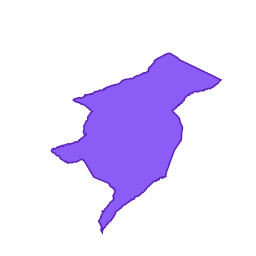 outline of Campo Novo do Parecis, Mato Grosso, Brazil, rotated 220°
{"feature_id": "56859067B93931383273622", "entity_name": "Campo Novo do Parecis", "entity_type": "district", "adm_level": 2, "iso_a3": "BRA", "parent_name": "Brazil", "parent_adm1": "Mato Grosso", "projection": "natural_earth1", "projection_center": [-57.909, -13.656], "detail": "fine", "context": "isolated", "style": "filled", "palette": "violet", "viewbox_px": 256, "rotation_deg": 220, "n_neighbors": 0, "source": "geoboundaries", "source_scale": "gbopen_adm2", "svg_char_len": 5721}
<svg xmlns="http://www.w3.org/2000/svg" viewBox="0 0 256 256"><g transform="rotate(220 128 128)"><path d="M80.5,31.4L81.8,33.2L82.0,33.8L81.7,34.4L81.9,34.7L82.4,34.9L82.5,35.4L82.1,35.7L81.7,37.6L82.1,38.3L82.3,39.2L82.3,40.1L81.8,41.6L82.0,42.2L82.4,42.5L82.6,42.9L82.3,43.9L81.6,44.9L81.6,47.0L81.6,47.7L81.9,48.0L81.8,50.1L82.1,51.1L82.0,52.1L82.4,52.8L82.9,54.8L83.3,55.4L83.3,57.5L82.8,58.3L82.3,61.3L81.9,62.1L81.9,63.9L82.2,64.9L82.0,65.6L81.6,66.0L80.6,69.0L80.5,70.0L80.0,71.2L79.7,71.6L80.1,72.6L79.5,73.2L79.1,74.4L79.4,74.8L79.3,75.4L78.6,75.7L78.0,77.3L77.6,77.6L77.6,78.0L78.1,78.8L78.1,79.4L78.4,79.8L77.8,80.5L77.4,81.4L76.9,81.8L76.5,82.4L76.2,83.0L76.4,83.4L75.9,84.4L76.0,84.8L75.8,85.3L76.0,85.8L75.9,87.0L75.0,88.6L74.8,90.5L75.2,91.2L75.2,91.7L74.7,92.4L75.1,94.3L75.1,96.0L74.6,97.0L74.8,97.4L74.4,99.8L74.2,100.3L74.2,102.4L73.9,103.2L74.0,103.7L73.5,104.6L72.7,104.7L72.4,105.7L72.1,106.0L72.4,107.2L72.0,107.1L71.6,107.5L71.3,108.3L71.0,108.7L71.6,109.3L71.7,110.3L71.0,110.6L70.8,111.4L70.4,111.7L70.0,111.7L70.4,112.4L70.0,112.7L69.0,112.4L68.7,113.8L67.9,114.7L67.9,115.1L67.9,115.5L68.4,115.7L70.0,118.3L78.0,140.1L78.4,142.1L79.5,153.0L82.4,157.0L84.1,159.1L85.3,161.6L86.0,162.7L87.6,164.2L90.9,165.4L94.9,168.4L98.7,169.0L104.2,169.4L104.9,169.5L105.2,169.8L105.0,170.3L105.2,170.6L105.0,171.4L104.4,171.9L104.4,172.5L104.7,173.3L104.0,174.4L104.6,175.4L104.5,175.9L103.9,176.7L103.8,177.3L104.2,177.5L104.3,178.2L103.6,178.5L103.3,178.8L103.6,179.1L103.5,179.7L103.7,180.4L103.4,181.4L103.4,181.8L102.8,181.9L102.7,182.6L103.4,184.1L103.3,184.6L102.7,185.5L103.8,186.6L103.6,187.4L103.9,187.8L103.3,189.7L103.7,190.7L103.6,191.2L102.4,192.0L102.2,193.5L102.9,194.1L102.8,194.5L101.3,195.6L101.2,196.0L100.8,196.7L101.1,197.6L99.6,199.4L99.5,199.9L99.1,200.2L98.6,200.0L98.0,200.6L97.5,200.8L97.0,202.2L96.0,203.7L95.4,204.2L94.6,204.3L94.3,205.0L94.5,205.7L93.8,205.9L93.5,206.3L93.9,207.1L93.6,207.8L92.3,208.6L91.6,210.2L91.2,210.5L90.2,211.0L90.2,212.1L89.2,213.7L89.1,214.2L89.3,214.8L89.0,215.2L88.5,217.0L88.7,217.4L88.6,218.0L88.5,218.4L87.9,219.0L88.0,222.4L88.1,222.8L87.9,223.5L87.6,224.0L87.6,224.6L99.2,221.8L132.7,213.2L135.0,213.7L143.9,212.2L144.4,211.6L145.3,210.9L147.0,207.6L148.4,203.6L149.5,201.7L150.1,200.0L150.4,198.6L150.7,198.1L150.9,197.0L151.0,196.5L150.7,196.2L150.1,194.8L150.3,191.2L150.1,190.0L150.4,189.5L150.6,188.3L150.5,187.7L150.5,186.7L149.9,185.7L149.0,185.3L148.8,184.7L148.8,184.2L149.5,183.7L149.6,183.2L149.7,182.3L149.9,181.6L150.2,181.6L150.3,181.1L151.1,180.7L151.6,180.1L151.7,179.6L151.7,179.0L152.9,176.7L153.6,174.9L155.0,173.4L155.3,172.4L155.8,171.9L155.6,170.9L155.8,170.2L156.1,169.7L156.1,169.2L156.3,168.8L157.1,168.1L157.6,167.9L159.2,165.6L159.6,165.3L160.4,164.3L161.2,163.7L161.4,163.1L162.4,161.5L162.8,160.5L163.2,156.3L163.8,155.2L164.3,154.8L164.4,154.3L164.7,154.1L166.6,151.8L166.6,151.3L166.9,151.1L168.0,149.6L168.1,149.1L168.6,148.6L168.8,148.3L168.7,147.8L168.9,147.4L169.7,146.6L170.5,145.5L170.5,145.0L170.8,144.7L170.6,144.0L170.7,143.2L170.9,142.8L171.5,143.0L171.7,142.6L171.6,142.0L171.2,141.6L171.4,141.1L171.9,140.7L172.2,140.2L172.7,140.0L173.3,139.1L174.1,138.5L174.5,137.7L174.4,137.0L174.7,136.5L175.0,136.3L175.7,135.5L176.1,135.5L176.3,135.1L176.2,134.7L176.7,134.2L176.7,133.7L177.2,133.0L177.3,132.3L176.9,131.5L177.9,130.6L178.3,130.5L178.7,130.2L178.6,129.6L179.0,129.0L179.8,128.5L180.6,127.4L181.0,126.2L181.7,126.3L181.9,125.7L182.4,125.4L181.7,124.3L182.6,121.4L183.9,120.3L184.4,120.2L185.3,119.7L186.0,118.0L186.5,117.6L186.7,117.0L187.1,116.8L187.7,115.4L188.1,114.8L188.0,114.4L187.7,114.6L187.2,114.5L186.9,114.2L184.6,114.6L181.2,116.2L179.8,116.1L179.0,116.6L178.6,116.6L177.9,117.1L177.4,117.1L176.4,117.7L165.9,117.6L166.2,116.4L166.4,115.0L166.0,113.3L166.0,110.8L165.9,110.4L164.8,109.4L164.3,108.4L164.1,107.4L164.5,106.4L164.4,105.7L164.1,105.4L163.3,102.8L163.3,101.8L163.1,101.2L162.9,100.8L162.2,100.4L160.9,99.0L160.1,97.0L159.7,96.7L159.5,96.3L158.2,95.4L157.7,95.4L157.0,96.2L156.7,96.5L156.3,96.5L156.5,95.9L155.8,95.4L156.0,94.6L156.4,94.2L156.4,93.8L156.7,93.3L156.3,92.8L156.7,90.4L157.1,89.9L157.2,89.4L156.9,88.8L157.8,87.4L157.6,87.0L157.3,86.9L157.2,85.9L158.0,84.9L158.0,84.5L158.8,83.9L159.2,83.8L159.5,83.4L160.1,82.2L160.3,80.9L161.2,80.1L161.9,78.7L161.9,78.2L162.9,78.1L163.2,77.6L164.0,77.1L164.4,76.6L164.4,76.2L164.5,75.8L165.4,74.4L165.6,73.7L166.2,72.7L166.7,72.9L166.7,72.4L166.2,72.2L166.6,71.8L167.2,71.8L168.2,70.9L168.5,69.2L168.9,69.2L168.9,68.6L169.2,68.4L170.0,68.0L169.6,66.9L170.0,66.3L170.1,65.8L170.9,65.2L170.8,64.8L171.1,64.4L172.0,64.4L172.3,63.9L172.0,63.3L172.3,62.4L172.2,61.8L172.0,61.3L170.8,60.9L168.9,61.1L167.5,61.7L166.6,61.3L165.0,61.1L164.1,61.4L162.5,62.3L162.1,62.3L160.8,61.3L160.3,61.1L154.5,61.8L154.3,62.3L154.0,62.0L153.1,62.0L152.8,62.7L151.9,62.7L151.6,62.5L151.2,62.6L150.9,63.4L150.8,64.0L149.6,64.6L148.4,65.5L148.0,66.6L147.4,67.4L145.5,69.1L144.6,71.3L144.4,72.3L143.1,74.6L142.7,74.5L139.8,74.5L122.7,68.4L107.1,73.3L106.3,73.0L105.3,72.2L103.1,71.9L100.9,72.8L100.2,71.9L99.6,72.1L99.2,72.5L98.8,72.5L96.9,70.6L96.2,69.2L96.3,68.0L96.0,67.6L96.1,67.1L95.2,65.7L94.6,65.6L94.2,65.2L93.7,65.6L93.3,65.4L93.4,64.4L93.1,62.4L93.6,60.6L93.6,60.0L93.8,59.3L93.3,57.4L93.6,56.0L93.3,53.4L93.3,52.2L93.6,51.2L93.3,50.7L93.3,49.8L93.2,48.8L94.0,48.3L94.2,47.3L92.7,46.8L92.4,46.4L92.3,45.9L92.3,45.3L92.6,44.2L91.7,43.5L91.9,42.5L91.7,42.2L91.2,42.0L91.1,41.6L90.9,40.8L91.0,39.7L90.7,39.1L90.8,38.4L90.3,37.5L89.6,37.1L88.2,37.0L87.6,36.6L87.2,36.7L86.8,36.2L86.4,36.2L86.0,35.8L85.0,35.5L84.8,34.9L83.6,34.1L83.6,33.1L83.4,32.8L83.0,32.7L82.3,31.9L80.5,31.4Z" fill="#8b5cf6" stroke="#5b21b6" stroke-width="1.5"/></g></svg>